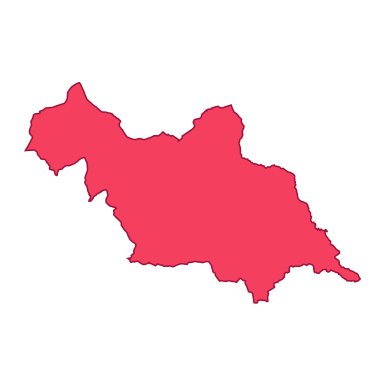 outline of Mejia, Pichincha, Ecuador, rotated 178°
{"feature_id": "8360857B86630198193549", "entity_name": "Mejia", "entity_type": "district", "adm_level": 2, "iso_a3": "ECU", "parent_name": "Ecuador", "parent_adm1": "Pichincha", "projection": "orthographic", "projection_center": [-78.69, -0.497], "detail": "fine", "context": "isolated", "style": "filled", "palette": "rose", "viewbox_px": 384, "rotation_deg": 178, "n_neighbors": 0, "source": "geoboundaries", "source_scale": "gbopen_adm2", "svg_char_len": 5989}
<svg xmlns="http://www.w3.org/2000/svg" viewBox="0 0 384 384"><g transform="rotate(178 192 192)"><path d="M357.1,239.2L348.1,239.5L346.3,238.1L345.3,237.1L345.0,234.9L342.6,231.9L341.8,230.3L338.0,229.7L336.7,228.4L336.3,226.8L334.9,225.5L334.2,223.9L332.9,222.5L333.6,220.7L333.4,219.6L329.1,218.4L328.0,214.1L326.7,213.2L326.2,213.4L325.7,216.0L324.9,217.9L323.9,219.1L320.8,219.6L320.1,220.7L317.0,222.8L313.6,222.6L308.7,224.5L305.5,226.5L303.0,228.7L300.4,229.9L298.3,230.3L296.4,225.9L295.8,223.9L295.6,218.1L296.1,215.7L296.7,214.8L298.1,211.0L298.4,209.6L297.9,207.4L298.8,205.7L298.1,203.3L296.8,201.4L295.8,195.7L295.0,195.0L295.1,193.3L294.3,192.0L293.7,192.1L293.5,191.6L293.8,189.0L294.9,188.0L295.3,186.5L293.8,186.4L293.2,186.7L291.0,189.1L290.8,190.3L289.4,191.5L288.2,191.9L287.4,193.0L286.5,193.7L285.6,193.7L284.8,194.5L283.1,195.1L282.8,195.9L282.0,195.9L280.7,196.9L280.0,196.8L278.7,197.3L277.7,197.0L277.0,196.1L276.1,191.7L276.5,190.4L277.9,188.4L278.3,186.6L278.0,184.2L274.3,180.7L273.3,180.6L271.1,179.6L269.4,179.5L269.1,179.3L268.5,177.9L270.1,177.2L271.0,176.1L270.7,174.8L270.9,171.7L263.8,164.2L263.8,161.2L260.4,155.8L259.3,154.9L258.4,153.6L256.9,149.1L255.9,147.7L255.6,146.6L253.4,144.5L250.8,142.5L249.8,141.2L250.3,138.9L251.7,137.0L251.8,135.8L252.2,135.5L252.0,133.4L252.7,132.9L252.8,132.1L254.9,130.8L254.7,129.1L255.7,128.3L258.5,127.8L256.2,126.0L256.3,124.7L256.0,124.2L254.8,123.9L253.5,124.6L252.0,124.0L250.3,124.7L248.2,124.6L246.5,123.1L243.5,121.3L241.6,121.2L237.9,122.5L237.6,122.9L236.9,122.0L235.7,122.2L234.1,121.1L231.0,119.6L228.7,121.3L226.3,120.2L224.1,119.8L222.7,118.7L221.0,118.8L218.3,118.6L216.8,119.0L213.6,117.9L211.6,118.6L209.7,119.7L208.3,119.8L206.4,120.6L203.9,120.6L199.4,119.8L198.5,121.2L197.7,121.8L195.6,121.7L190.8,122.5L189.2,121.9L185.6,121.6L183.9,121.0L180.2,122.0L177.6,121.8L175.0,117.6L174.7,114.9L174.1,113.6L173.8,111.4L171.7,109.9L171.6,108.5L170.9,106.8L167.6,102.0L166.0,102.4L161.1,101.4L158.4,102.2L155.1,101.2L153.2,101.2L150.6,100.1L147.2,104.0L146.0,103.8L144.4,102.1L141.6,101.1L142.1,99.8L141.7,97.7L140.4,95.8L140.1,93.9L139.2,91.7L139.1,90.7L138.7,90.2L136.7,89.9L134.9,88.4L133.9,79.2L131.8,78.8L130.5,79.1L129.8,81.3L127.7,81.6L127.3,81.9L125.4,81.2L124.3,81.4L123.2,81.3L121.1,79.9L120.0,80.0L120.1,84.5L119.0,87.7L119.6,88.9L119.7,89.9L112.9,93.8L112.8,94.4L113.6,96.0L112.9,98.1L109.1,99.0L108.2,100.3L105.2,101.4L102.8,103.6L103.0,104.7L102.4,105.5L102.2,107.3L101.2,108.3L100.3,108.2L99.5,107.8L97.6,108.7L97.3,110.2L97.7,111.0L97.1,113.4L96.5,114.2L95.7,114.5L94.7,114.4L93.6,113.5L91.4,114.4L88.2,113.9L85.2,114.6L83.1,115.8L81.6,115.6L79.9,114.6L77.6,116.2L74.9,115.3L73.6,114.3L72.8,112.5L72.8,111.4L73.3,110.8L72.8,110.1L72.6,108.1L71.9,107.2L70.5,107.3L69.8,106.5L67.8,106.4L67.1,107.2L63.5,109.9L60.5,109.8L60.3,108.1L58.8,107.3L57.2,107.7L56.5,108.7L55.7,109.2L54.1,108.1L53.3,107.9L50.8,106.6L48.6,106.1L48.3,104.7L47.7,104.7L45.9,103.1L44.8,101.5L43.6,100.9L42.6,99.9L41.1,99.3L40.2,97.9L37.2,97.6L36.1,97.7L35.4,97.3L34.6,97.8L33.4,97.8L32.8,97.6L32.4,96.6L32.0,96.5L30.9,97.1L29.2,97.3L26.9,99.3L28.1,101.2L28.9,103.4L30.3,105.0L31.8,105.4L33.7,106.9L37.1,108.2L38.0,109.7L41.8,110.0L43.2,111.6L45.6,111.6L45.9,113.0L47.5,114.8L47.2,116.1L47.8,118.4L51.0,120.7L51.7,121.8L51.5,122.5L46.7,125.6L46.8,127.7L47.9,128.1L49.6,129.5L53.2,134.0L54.8,134.5L55.4,135.3L55.2,137.9L56.6,139.1L59.4,143.3L60.0,144.6L60.6,147.1L60.7,147.7L60.4,148.0L58.4,147.8L58.6,148.8L59.9,149.7L61.1,148.9L62.7,148.9L64.3,150.4L65.3,149.1L66.4,150.7L66.9,151.0L67.4,149.8L67.9,149.6L68.7,151.2L69.7,151.1L70.1,151.5L70.3,153.5L69.5,154.5L69.8,156.0L70.7,155.9L71.4,157.5L72.3,157.2L73.1,157.3L74.4,159.6L74.4,160.5L73.6,162.0L73.5,163.1L74.3,164.0L74.3,167.1L75.9,169.4L76.2,170.8L75.9,171.5L77.3,175.7L78.0,176.6L81.6,178.3L82.9,178.6L83.4,179.2L84.3,179.5L86.3,181.8L87.6,190.6L89.4,193.5L88.0,195.4L88.8,197.0L88.3,198.6L88.9,199.3L89.1,200.4L88.8,201.0L89.1,202.1L88.8,204.5L90.0,206.2L93.5,208.3L95.1,208.4L100.2,212.5L102.3,212.2L103.2,213.5L104.1,214.1L108.1,215.1L108.7,216.0L109.2,215.6L109.9,215.9L111.3,215.6L112.5,214.5L113.5,214.1L115.3,214.5L116.4,213.6L117.7,213.4L118.9,214.6L119.3,215.7L120.8,215.5L121.8,216.9L124.3,216.3L125.3,217.0L127.5,217.9L129.5,218.0L130.6,218.7L131.0,219.4L131.7,219.4L133.2,221.2L134.6,221.5L135.1,222.9L136.7,222.9L137.8,223.2L138.6,224.1L139.8,223.9L140.8,224.3L141.4,225.6L141.1,227.2L142.3,228.7L142.1,231.3L142.4,235.5L143.4,238.6L142.1,243.3L141.1,243.8L140.3,244.6L140.1,245.7L139.3,247.0L139.3,248.4L139.9,249.1L138.9,252.9L138.0,254.2L137.8,256.2L139.0,257.7L140.3,260.3L140.0,263.0L142.3,265.4L143.9,267.8L146.6,270.1L147.3,270.4L149.4,276.0L149.7,277.5L151.3,277.2L158.9,275.0L160.8,275.2L161.9,275.8L162.5,276.6L163.9,276.6L169.1,275.3L169.8,274.8L169.7,274.4L171.3,273.9L171.9,274.3L173.4,274.0L174.2,273.0L174.6,273.2L174.6,272.6L175.4,272.7L179.3,269.3L180.1,266.7L180.8,265.8L182.2,265.1L186.6,264.4L187.4,263.7L188.4,261.7L187.1,258.4L187.4,257.0L188.1,256.0L189.7,254.6L199.9,248.2L199.8,247.2L200.2,245.8L203.5,243.7L203.4,244.0L204.0,245.1L209.3,248.9L209.7,249.1L210.5,248.7L212.3,249.1L213.9,250.5L215.1,249.8L215.6,249.9L218.8,253.0L219.4,252.8L221.3,250.7L223.8,249.3L227.8,249.6L232.0,247.6L234.6,247.1L235.5,246.5L238.4,246.0L242.2,247.3L247.4,246.3L250.0,247.0L255.0,249.3L258.5,254.6L259.3,256.7L260.1,257.2L262.0,260.0L262.5,262.2L260.9,265.3L263.3,267.9L264.4,268.3L265.7,269.6L267.2,270.4L268.8,272.6L271.2,273.7L273.4,274.0L275.3,274.8L278.6,275.0L279.9,275.6L284.4,279.7L284.7,280.3L286.8,281.5L293.8,288.3L297.0,297.2L299.8,303.9L300.8,305.2L303.7,304.2L308.0,301.7L310.6,299.0L312.8,295.8L313.4,289.8L314.6,287.3L316.4,285.0L322.6,283.3L328.5,281.4L335.1,281.0L336.0,280.7L337.6,279.2L341.3,277.9L341.3,275.9L346.7,275.4L347.7,274.5L348.6,271.3L350.5,268.2L350.1,264.0L351.4,261.7L352.4,258.3L352.1,256.0L350.0,253.4L349.5,252.1L353.9,244.1L357.1,239.2Z" fill="#f43f5e" stroke="#9f1239" stroke-width="1.5"/></g></svg>